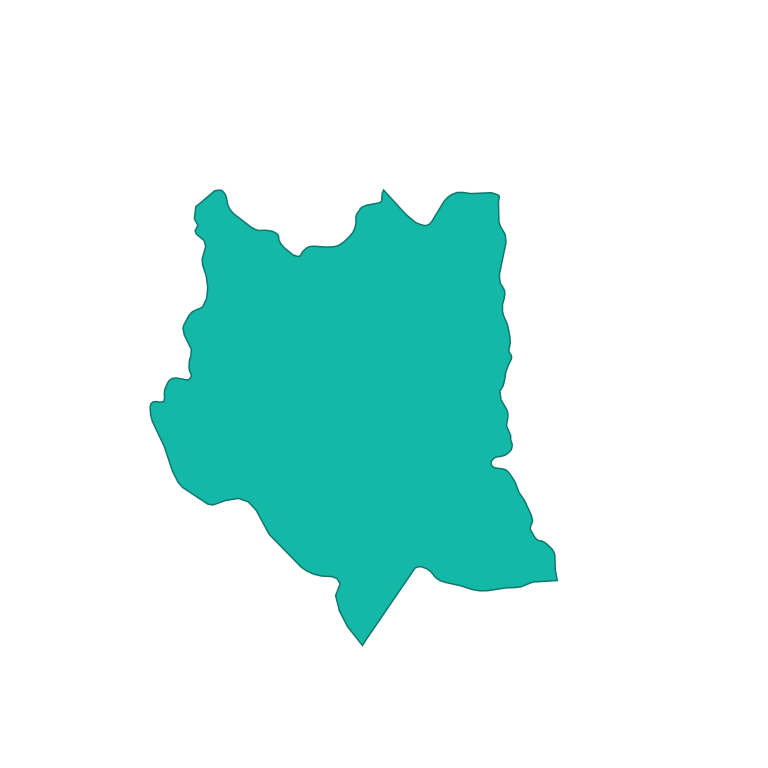 map outline of Kasungu (orthographic projection), rotated 308°
{"feature_id": "MWI-1899", "entity_name": "Kasungu", "entity_type": "District", "adm_level": 1, "iso_a3": "MWI", "parent_name": "Malawi", "parent_adm1": "", "projection": "orthographic", "projection_center": [33.477, -13.001], "detail": "fine", "context": "isolated", "style": "filled", "palette": "teal", "viewbox_px": 768, "rotation_deg": 308, "n_neighbors": 0, "source": "natural_earth", "source_scale": "10m", "svg_char_len": 3147}
<svg xmlns="http://www.w3.org/2000/svg" viewBox="0 0 768 768"><g transform="rotate(308 384 384)"><path d="M333.5,193.6L342.4,191.5L351.5,185.7L359.7,177.4L366.0,167.9L370.6,163.7L382.7,158.8L386.3,153.9L386.6,143.8L388.4,140.8L394.5,139.7L397.4,132.9L407.9,126.5L413.9,127.9L431.9,131.6L434.5,133.9L436.7,136.8L436.4,139.3L435.8,141.7L434.8,143.7L433.6,145.3L429.6,149.9L428.4,151.6L427.4,153.5L426.6,155.6L425.6,160.6L425.8,182.8L426.5,187.1L427.4,190.1L432.5,196.4L435.4,201.5L436.3,205.0L436.5,207.9L435.6,209.8L434.3,211.2L432.8,212.5L431.2,215.8L430.0,220.8L429.7,232.7L431.1,237.0L433.0,239.1L437.8,238.5L440.4,238.7L442.9,239.1L445.1,239.9L446.8,241.1L449.5,244.0L456.5,254.5L460.8,259.4L462.9,261.3L465.0,262.7L467.0,263.6L471.5,264.9L476.8,265.8L482.2,266.2L484.8,266.0L487.0,265.6L491.1,264.1L492.9,263.2L496.1,260.9L497.5,259.6L499.1,258.6L501.0,257.9L505.6,257.7L507.7,257.3L510.6,258.2L513.9,260.0L522.7,267.7L525.1,269.4L527.0,269.4L528.5,268.4L530.0,267.2L533.2,265.2L536.6,264.3L531.1,296.7L530.7,309.5L531.8,313.6L533.6,318.1L535.6,320.3L538.4,321.5L541.8,321.6L564.5,318.9L567.7,319.0L571.2,319.5L575.0,320.7L579.9,323.7L583.5,328.2L587.5,335.2L600.9,350.9L602.8,356.2L603.3,358.4L602.6,359.7L598.6,361.6L582.8,374.5L581.6,376.0L579.8,379.0L576.9,386.4L575.8,388.1L570.7,393.0L541.7,407.3L538.5,410.0L534.7,414.0L533.9,417.1L531.8,421.5L529.3,423.8L525.5,426.0L519.5,428.5L514.2,432.7L511.7,435.7L506.7,444.9L498.6,454.3L494.2,458.1L490.3,460.2L487.4,461.4L486.0,463.5L485.0,466.5L483.6,468.2L481.7,469.1L475.0,470.5L468.2,472.7L462.3,476.2L455.9,479.0L449.9,479.6L443.6,485.9L440.1,494.9L438.5,497.8L436.9,499.9L433.4,502.5L427.6,505.5L425.9,507.2L421.5,515.4L418.3,517.9L415.3,522.3L412.7,523.9L410.3,524.8L407.8,524.6L405.5,524.2L403.6,523.6L402.3,523.1L400.9,522.2L398.0,519.8L396.7,518.4L394.8,517.0L392.5,516.2L388.9,516.3L387.0,517.6L385.9,519.4L385.9,521.7L386.6,523.6L387.5,525.4L389.7,528.9L390.6,530.7L391.3,532.7L391.3,535.0L391.0,537.4L387.9,546.6L386.5,549.2L381.6,557.3L378.7,566.5L371.3,580.8L368.0,585.1L365.8,586.1L362.0,587.2L359.4,588.9L355.9,597.6L355.5,600.6L356.1,602.8L357.2,604.5L358.0,607.3L358.1,611.1L357.4,617.9L356.2,621.3L354.7,623.6L342.9,633.5L335.8,641.5L319.7,623.3L308.6,616.8L304.6,613.0L299.0,606.2L284.8,592.8L280.0,586.8L276.4,580.1L272.1,568.4L265.5,554.6L263.6,549.5L263.2,544.4L265.0,536.0L264.8,531.7L262.9,525.7L260.5,523.1L258.3,521.8L170.2,527.4L164.7,528.0L170.3,504.8L177.6,488.8L187.5,476.1L199.5,472.5L201.7,466.8L200.4,462.0L194.0,452.6L190.9,445.7L189.2,438.8L188.7,431.7L194.8,386.2L205.8,361.1L207.6,349.6L204.2,339.7L194.3,330.6L183.5,323.8L180.9,319.3L178.5,289.2L179.9,282.0L185.2,270.8L199.6,249.1L211.9,224.5L216.1,219.0L221.8,213.9L225.0,212.5L227.8,213.1L230.0,215.4L231.7,218.6L234.5,221.3L238.0,219.6L241.6,216.5L244.8,214.6L251.1,212.9L254.2,212.6L258.0,213.7L260.8,216.5L265.6,225.6L267.3,227.6L271.4,227.5L273.3,225.4L274.6,222.6L277.0,220.2L279.0,218.8L280.8,217.4L283.3,215.9L287.3,214.5L292.9,210.6L299.6,196.5L304.2,191.3L307.4,189.9L318.0,188.1L323.0,188.5L326.9,190.4L330.3,192.5L333.5,193.6Z" fill="#14b8a6" stroke="#0f766e" stroke-width="1.5"/></g></svg>